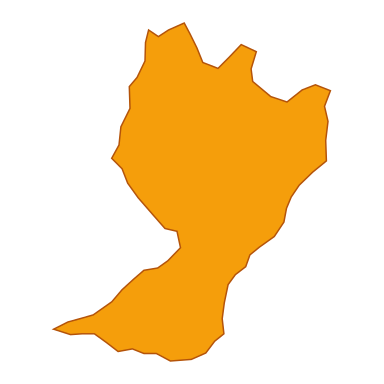 the district of Diadema, São Paulo, Brazil
{"feature_id": "56859067B95634505388778", "entity_name": "Diadema", "entity_type": "district", "adm_level": 2, "iso_a3": "BRA", "parent_name": "Brazil", "parent_adm1": "São Paulo", "projection": "albers", "projection_center": [-46.614, -23.698], "detail": "fine", "context": "isolated", "style": "filled", "palette": "amber", "viewbox_px": 384, "rotation_deg": 0, "n_neighbors": 0, "source": "geoboundaries", "source_scale": "gbopen_adm2", "svg_char_len": 991}
<svg xmlns="http://www.w3.org/2000/svg" viewBox="0 0 384 384"><path d="M190.1,34.1L184.2,23.0L168.5,30.0L158.4,36.6L148.6,30.0L145.5,42.5L145.0,61.0L137.1,77.4L129.3,86.6L130.0,108.4L120.9,126.8L119.0,145.0L111.7,158.3L122.1,168.8L127.7,183.2L138.2,197.8L153.5,215.4L165.0,228.5L177.0,231.3L180.5,247.7L167.8,260.8L157.7,268.0L143.9,270.3L133.6,279.2L122.1,289.7L111.8,301.8L93.2,314.9L81.7,318.2L67.9,322.0L53.6,329.2L70.5,334.6L82.0,333.8L94.4,333.8L106.4,342.5L118.1,351.5L132.4,348.9L143.9,353.5L156.3,353.5L170.4,361.0L191.3,359.4L205.8,353.0L214.7,341.2L223.9,333.8L222.2,318.7L224.3,302.8L228.1,284.6L235.4,274.6L245.7,266.7L249.9,254.9L259.3,247.2L274.3,236.5L283.9,222.1L286.5,208.3L291.2,197.0L299.2,185.2L312.6,172.2L326.4,160.9L325.7,140.4L328.0,121.4L324.5,106.3L330.4,90.7L315.4,84.8L302.2,89.9L287.0,102.0L270.8,96.6L252.7,81.5L251.1,68.9L256.3,51.7L241.2,44.6L228.8,57.6L218.0,68.4L202.8,62.5L196.9,47.9L190.1,34.1Z" fill="#f59e0b" stroke="#b45309" stroke-width="1.5"/></svg>